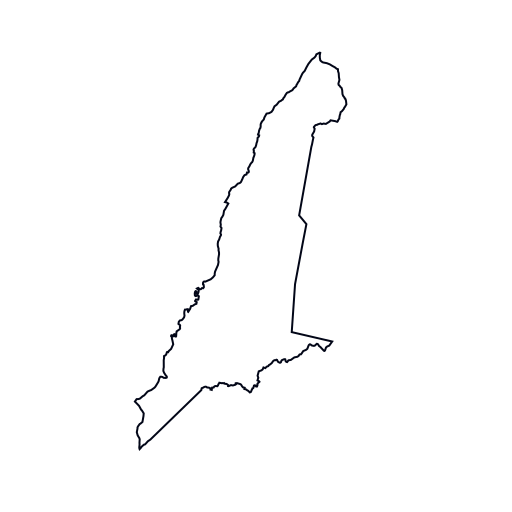 Canas, Guanacaste, Costa Rica, rotated 11°
{"feature_id": "36466004B65281330352027", "entity_name": "Canas", "entity_type": "district", "adm_level": 2, "iso_a3": "CRI", "parent_name": "Costa Rica", "parent_adm1": "Guanacaste", "projection": "equal_earth", "projection_center": [-85.111, 10.45], "detail": "fine", "context": "isolated", "style": "outline", "palette": "ink", "viewbox_px": 512, "rotation_deg": 11, "n_neighbors": 0, "source": "geoboundaries", "source_scale": "gbopen_adm2", "svg_char_len": 6097}
<svg xmlns="http://www.w3.org/2000/svg" viewBox="0 0 512 512"><g transform="rotate(11 256 256)"><path d="M308.0,74.8L306.3,73.7L305.6,72.9L304.6,72.4L304.3,71.9L304.0,71.0L304.3,67.2L303.3,64.6L302.3,60.8L301.2,58.8L300.8,57.0L299.4,56.8L297.4,55.7L294.8,54.9L291.9,53.8L288.7,53.2L285.2,53.2L284.3,53.1L282.7,52.3L281.8,51.7L280.8,49.1L280.3,46.7L280.3,44.3L279.8,44.2L276.8,46.5L276.4,48.5L275.5,50.1L273.3,52.5L270.8,57.4L269.5,61.3L268.5,65.0L267.1,67.2L266.6,68.5L265.1,74.4L265.0,75.9L264.0,77.7L263.8,78.8L263.2,80.1L263.0,81.8L260.9,84.3L260.4,85.6L259.9,86.4L257.9,88.0L256.8,89.1L255.9,89.4L255.2,90.0L254.3,92.0L253.5,94.6L252.7,96.0L252.5,97.2L251.7,97.9L250.9,98.9L249.2,100.1L247.4,103.6L245.6,105.5L245.1,107.5L244.8,109.2L243.7,111.6L241.6,113.3L239.2,114.2L237.8,118.4L237.6,120.5L236.0,123.1L236.0,123.9L235.7,124.3L235.5,125.3L235.5,126.6L235.8,127.4L235.9,129.4L235.5,130.1L235.3,131.2L235.1,132.5L235.2,134.8L234.9,135.5L234.8,136.5L236.1,136.9L236.1,137.7L236.0,138.2L235.0,139.8L235.3,141.7L235.3,143.3L235.0,145.1L235.0,146.9L234.8,148.7L234.6,149.4L233.6,150.8L233.3,151.7L233.3,152.2L233.9,153.2L234.0,154.9L235.0,155.3L235.1,155.7L235.2,157.0L234.9,159.3L234.7,159.7L234.7,163.1L234.3,164.7L233.8,165.2L232.9,167.1L232.4,169.2L231.6,171.3L231.7,172.3L232.8,174.2L232.8,175.2L232.3,175.7L231.2,175.8L231.1,177.8L229.6,178.6L229.2,179.0L228.3,181.1L227.9,183.3L227.7,183.7L227.6,184.5L227.0,186.5L226.1,187.5L224.3,188.5L222.3,191.7L219.7,193.5L218.7,194.6L218.6,195.6L217.5,198.2L217.5,199.3L218.0,200.3L217.9,201.8L217.1,204.5L215.3,209.0L217.1,209.1L218.8,209.8L216.9,215.7L216.0,217.7L216.1,221.8L215.5,223.8L214.7,225.5L214.6,228.9L214.7,229.9L215.5,232.1L215.5,233.9L216.8,235.1L216.9,237.9L216.7,238.6L216.7,240.5L217.6,241.7L217.6,242.4L217.0,244.0L216.7,246.8L216.0,249.0L216.1,251.3L216.6,253.4L217.9,256.0L218.1,257.5L219.0,259.5L219.4,261.4L219.5,265.6L219.8,267.5L220.4,268.9L220.4,272.1L218.8,279.1L218.8,281.0L219.1,282.8L217.8,285.2L216.0,287.5L211.2,290.8L210.4,290.8L209.5,291.2L209.1,292.5L209.3,293.6L209.4,293.9L209.8,293.9L210.1,294.3L210.8,296.5L210.3,297.7L209.1,297.8L208.3,299.0L207.3,299.4L206.7,299.4L206.0,298.6L205.4,298.3L204.2,299.2L204.8,299.6L206.0,300.0L206.4,301.3L206.4,303.0L206.0,304.4L204.4,304.4L204.3,302.3L203.9,302.0L203.4,302.0L203.0,302.9L203.0,304.4L203.5,306.3L204.2,306.9L204.7,306.8L206.0,306.0L206.9,306.0L207.6,306.4L207.7,309.7L207.4,310.0L206.9,310.1L205.4,310.1L204.8,311.6L204.9,312.0L206.6,312.6L206.6,314.3L205.1,315.2L203.4,317.0L201.8,317.6L201.4,320.5L200.1,323.8L199.9,323.7L199.7,323.1L199.4,321.3L198.6,321.3L197.5,322.0L196.5,322.2L196.3,323.2L196.3,324.7L196.6,326.3L197.2,328.2L197.1,330.0L196.0,332.2L195.2,333.2L193.7,333.7L192.8,335.2L192.8,337.3L193.0,337.7L194.2,338.0L194.7,338.5L194.9,339.0L194.8,340.2L195.3,341.3L195.2,342.1L194.9,342.6L192.5,345.1L192.5,347.1L192.7,348.2L192.9,350.0L192.7,350.4L191.8,350.3L191.4,348.7L191.1,348.4L190.7,348.3L190.2,348.9L189.9,350.7L189.4,350.8L188.6,349.9L188.1,349.9L187.9,350.4L187.9,350.8L188.5,351.2L188.9,351.9L189.3,353.3L190.1,354.9L191.6,358.5L190.4,363.4L188.6,365.8L188.1,367.2L187.2,367.1L186.9,367.4L186.6,369.9L185.9,371.0L184.9,371.6L184.9,372.6L185.2,373.4L185.3,375.9L186.7,382.8L186.7,384.5L187.0,386.5L188.0,388.1L190.1,390.3L191.4,391.3L191.6,392.3L190.8,392.9L188.7,393.2L187.2,392.6L185.8,392.6L185.1,392.8L184.4,394.5L184.3,397.5L184.0,398.6L182.2,403.4L181.5,404.6L178.7,407.6L177.2,408.5L175.4,409.8L172.9,414.1L171.5,415.3L169.3,418.1L168.1,418.8L166.1,419.3L164.9,422.0L169.8,425.4L172.5,428.7L173.5,429.4L175.8,431.9L176.1,434.7L176.2,440.6L174.5,442.7L173.9,443.1L172.6,446.0L172.4,447.0L172.6,448.0L172.6,451.7L174.1,454.7L176.2,457.0L176.8,458.1L177.2,461.3L177.7,463.5L177.9,466.0L178.3,467.3L178.6,467.8L179.5,466.4L180.0,465.2L181.4,463.3L182.1,462.5L182.8,462.3L183.5,461.4L185.2,458.5L187.3,456.4L227.9,398.1L227.9,396.2L228.2,395.9L229.3,395.3L230.2,394.4L231.4,393.9L232.1,393.9L233.1,394.4L234.9,394.2L236.8,394.7L236.8,395.8L238.1,395.9L238.0,393.6L239.5,393.2L239.8,392.3L240.5,391.6L241.3,391.3L242.9,391.2L243.4,390.3L243.5,389.2L244.0,388.2L244.2,387.4L246.6,387.4L247.6,387.1L248.4,387.2L248.9,386.8L249.9,387.4L251.5,387.2L253.1,387.9L253.3,388.2L253.4,389.0L253.9,389.0L256.1,387.5L258.0,387.5L260.3,386.3L260.9,385.6L260.3,385.0L260.3,384.8L261.6,384.4L265.3,384.8L266.1,385.3L266.8,386.2L268.2,387.4L270.0,387.5L270.0,388.8L271.9,388.9L272.9,389.5L274.0,389.8L276.0,391.1L277.0,390.3L277.3,388.4L277.6,387.7L277.7,386.7L278.4,386.3L278.6,385.9L278.7,383.6L279.2,383.2L280.5,383.2L280.7,384.0L281.2,384.1L281.9,383.9L282.1,382.4L281.8,381.2L282.4,380.1L283.4,378.9L283.4,378.7L282.8,378.3L281.2,377.9L281.5,375.1L280.4,373.2L280.7,368.7L283.2,367.2L284.2,366.0L284.6,364.0L286.5,364.3L287.6,362.6L289.0,361.8L289.6,360.5L290.5,359.8L291.9,358.1L292.8,356.0L293.5,355.2L293.9,354.8L295.0,354.6L295.8,353.9L296.5,354.0L297.6,355.5L299.4,356.2L300.0,356.2L300.7,355.6L301.0,353.8L301.3,353.3L303.2,352.0L304.0,351.8L304.4,351.8L305.3,353.8L306.3,354.2L306.8,354.2L307.8,352.2L310.0,351.4L313.0,348.2L315.9,347.0L317.0,345.8L317.2,345.1L317.5,344.5L318.0,344.1L318.8,344.0L319.3,343.2L320.5,340.3L323.0,338.6L324.1,337.3L324.7,333.8L325.0,333.1L325.7,332.4L326.3,332.4L327.9,333.2L329.9,333.2L330.8,332.8L332.4,330.6L333.3,330.6L334.0,331.1L334.9,332.2L337.0,333.3L337.3,333.6L340.8,336.1L341.4,336.1L341.8,335.3L342.2,332.4L343.2,331.2L345.0,330.0L347.1,325.4L305.6,323.9L299.7,276.2L299.4,234.1L299.4,215.1L290.6,207.9L289.5,138.3L289.7,135.8L289.7,130.6L289.8,128.7L288.4,127.6L288.1,126.9L288.1,126.1L289.3,122.7L289.3,121.7L289.3,119.9L288.2,118.6L288.2,118.3L289.3,116.4L289.8,116.0L291.2,115.4L291.5,115.0L294.1,113.6L295.5,114.0L297.1,113.1L299.4,113.0L302.7,109.9L303.3,108.6L308.0,108.5L310.1,108.8L310.5,108.3L310.9,106.4L311.6,105.2L311.4,103.8L311.4,101.6L311.6,100.9L311.6,98.7L312.7,97.5L314.1,94.9L314.4,93.4L314.8,92.8L315.8,89.9L314.8,86.7L314.1,85.2L313.8,85.1L313.5,84.4L313.0,84.3L312.4,83.4L310.9,82.1L310.0,80.6L309.0,76.9L308.0,74.8Z" fill="none" stroke="#020617" stroke-width="2"/></g></svg>